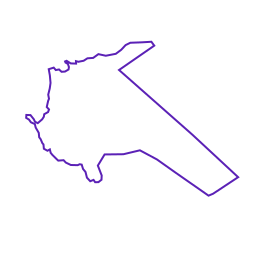 outline of Turtkul, Karakalpakstan, Uzbekistan, rotated 348°
{"feature_id": "79887680B61567760278746", "entity_name": "Turtkul", "entity_type": "district", "adm_level": 2, "iso_a3": "UZB", "parent_name": "Uzbekistan", "parent_adm1": "Karakalpakstan", "projection": "equal_earth", "projection_center": [61.273, 41.464], "detail": "fine", "context": "isolated", "style": "outline", "palette": "violet", "viewbox_px": 256, "rotation_deg": 348, "n_neighbors": 0, "source": "geoboundaries", "source_scale": "gbopen_adm2", "svg_char_len": 1121}
<svg xmlns="http://www.w3.org/2000/svg" viewBox="0 0 256 256"><g transform="rotate(348 128 128)"><path d="M225.5,199.0L189.7,148.1L131.3,69.4L170.8,52.9L168.8,48.5L159.5,47.1L148.0,45.1L142.9,46.4L137.6,50.1L131.5,52.9L121.3,52.7L114.4,49.6L108.5,52.2L102.8,51.4L98.6,53.0L93.2,52.9L91.0,51.8L90.6,54.2L85.4,52.9L81.9,49.5L80.3,49.8L80.5,51.0L82.5,52.8L82.9,56.1L82.0,58.4L78.1,59.7L74.7,59.2L72.7,56.4L69.4,56.3L67.9,53.5L62.7,54.0L62.5,60.3L61.6,67.8L59.7,73.0L56.9,78.8L56.8,83.0L55.5,84.9L52.9,90.6L54.6,93.4L53.1,95.8L48.9,97.1L48.0,99.5L45.8,101.7L40.7,104.5L38.3,102.5L37.7,99.9L35.3,95.1L31.3,94.1L30.5,96.9L32.9,99.2L34.2,102.2L37.7,104.8L37.8,108.4L39.7,114.2L39.2,118.6L40.2,120.7L41.1,125.1L41.9,126.5L41.4,130.8L44.5,133.5L47.1,132.7L47.2,136.2L48.5,138.7L52.0,144.0L53.0,145.4L58.3,146.1L60.0,148.9L64.4,152.3L71.1,153.9L73.2,153.4L75.1,154.2L75.5,158.7L77.3,162.2L77.5,168.0L80.0,172.2L83.5,171.6L84.6,174.2L87.8,174.8L91.3,173.1L92.4,169.0L90.7,158.5L99.6,149.0L118.1,152.7L135.0,152.3L149.8,164.8L165.1,181.4L192.7,210.9L197.5,210.0L225.5,199.0Z" fill="none" stroke="#5b21b6" stroke-width="2"/></g></svg>